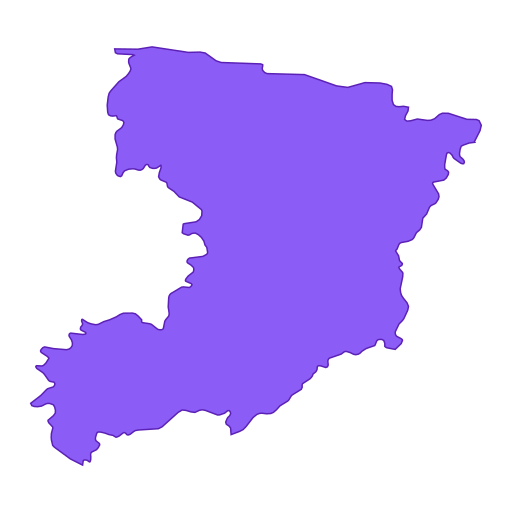 outline of Rivne
{"feature_id": "UKR-286", "entity_name": "Rivne", "entity_type": "Region", "adm_level": 1, "iso_a3": "UKR", "parent_name": "Ukraine", "parent_adm1": "", "projection": "natural_earth1", "projection_center": [26.178, 50.971], "detail": "fine", "context": "isolated", "style": "filled", "palette": "violet", "viewbox_px": 512, "rotation_deg": 0, "n_neighbors": 0, "source": "natural_earth", "source_scale": "10m", "svg_char_len": 5981}
<svg xmlns="http://www.w3.org/2000/svg" viewBox="0 0 512 512"><path d="M114.7,48.9L137.8,49.2L152.1,46.9L188.3,52.4L200.1,52.1L205.2,53.0L216.1,60.8L221.2,62.5L260.7,63.9L262.7,64.7L262.7,66.2L262.2,68.2L262.6,70.3L264.7,72.6L267.1,73.6L304.5,74.6L336.6,85.9L347.8,87.4L364.9,82.6L379.9,83.0L386.9,84.3L391.5,86.4L392.5,89.8L392.1,94.4L392.1,100.2L393.4,104.5L395.9,106.4L399.3,106.7L403.5,106.3L408.5,107.2L408.0,111.0L405.5,115.7L404.6,119.4L406.8,121.1L410.6,120.8L417.3,119.0L427.4,120.4L430.9,120.2L434.6,118.7L439.3,114.6L442.5,113.2L448.4,113.3L466.9,119.3L476.4,119.5L479.1,120.7L481.3,125.3L480.0,130.7L474.4,141.7L474.8,142.3L469.2,143.0L463.3,145.1L461.2,146.2L460.1,149.4L459.5,153.6L459.7,155.5L460.1,156.7L462.6,158.8L464.0,160.6L464.4,162.2L463.7,163.7L462.6,163.8L460.9,163.3L454.1,158.5L453.1,157.3L452.1,155.2L450.0,153.0L448.3,152.5L446.9,153.2L446.4,154.9L444.7,164.5L444.7,167.3L445.0,169.1L447.8,171.0L448.6,172.2L448.3,174.5L446.2,178.1L443.8,180.1L433.5,182.1L432.9,182.6L432.6,183.2L432.8,184.2L438.6,193.9L439.0,196.7L438.2,199.4L435.9,202.9L434.9,203.7L431.1,205.5L429.5,207.2L426.6,214.0L422.8,218.2L421.4,227.4L419.6,230.0L416.4,232.7L413.9,237.7L413.0,238.8L412.1,239.6L408.1,241.3L401.5,242.5L399.9,243.2L398.8,244.6L397.1,249.0L395.8,250.4L395.7,251.1L398.6,255.8L399.4,260.0L399.9,261.0L402.3,263.4L402.3,264.3L401.7,265.5L399.2,266.8L398.8,267.5L399.9,269.4L402.1,271.8L402.9,273.1L402.7,276.9L400.2,288.7L400.6,292.5L401.6,295.5L403.3,298.1L407.1,302.9L408.5,306.5L407.7,310.3L403.8,318.7L402.4,320.6L399.0,324.0L395.3,331.7L395.2,333.5L395.9,335.4L396.7,336.3L400.9,338.5L402.2,339.5L402.5,340.3L401.2,343.6L395.2,349.4L386.9,347.8L385.9,347.3L384.8,346.4L384.8,343.4L383.8,340.5L381.7,339.4L378.9,339.5L377.9,339.8L376.7,340.9L375.1,345.0L374.6,345.6L366.2,348.5L362.0,351.2L360.0,353.2L358.3,354.2L355.7,354.7L353.6,354.3L350.2,352.6L346.7,351.5L345.4,351.5L344.4,351.7L341.2,354.1L329.3,358.2L328.4,359.3L327.8,360.8L328.2,365.0L327.5,366.8L325.8,367.5L320.8,365.9L318.8,365.7L317.8,366.1L317.3,366.8L317.0,369.6L316.5,370.6L315.8,371.8L313.0,374.1L312.4,375.9L311.5,377.2L310.0,378.8L302.5,383.7L302.1,385.2L302.2,387.2L301.3,389.3L292.4,394.8L291.3,395.8L288.8,400.0L287.8,401.0L280.0,405.8L276.4,409.8L273.4,412.4L270.8,413.5L266.7,413.8L261.9,413.2L259.6,413.4L256.9,414.4L253.1,417.5L246.1,426.5L243.2,429.5L239.6,431.4L231.1,434.6L230.6,428.0L229.0,426.0L226.3,424.2L225.7,422.1L227.0,418.9L227.8,417.5L229.7,415.7L230.7,413.5L230.1,411.5L229.2,410.6L227.7,410.7L224.6,413.2L219.6,414.9L217.6,415.0L205.4,410.4L202.3,409.8L199.5,410.3L194.9,412.4L190.9,411.9L186.0,410.4L182.1,410.0L178.0,412.5L162.1,426.8L158.4,428.7L138.5,430.0L135.6,430.5L134.0,431.3L130.4,434.1L128.7,434.9L127.6,434.9L126.8,434.6L125.6,433.2L124.5,432.6L123.7,432.7L123.0,433.0L119.2,436.0L116.8,437.1L115.7,437.1L113.0,435.4L108.7,434.5L105.0,433.1L100.7,432.1L98.7,432.0L97.4,432.3L96.6,433.7L95.6,437.1L95.4,438.9L95.8,440.4L96.3,441.0L99.4,443.5L99.7,444.9L98.2,447.7L96.5,449.7L91.5,452.2L91.0,452.8L90.6,454.4L90.8,456.9L90.7,459.9L90.0,461.8L89.4,461.9L87.2,460.3L85.0,459.9L83.8,460.2L83.2,460.8L82.6,465.1L70.3,458.9L54.3,447.1L52.7,445.4L51.4,439.9L51.2,437.2L51.4,433.5L52.8,428.1L52.7,427.0L48.7,422.7L48.1,421.3L48.0,420.3L53.4,415.7L55.3,413.1L55.4,410.2L54.7,407.2L53.4,404.8L49.9,403.5L47.8,403.4L46.0,403.8L41.5,406.1L37.7,406.7L34.2,406.5L31.8,405.6L30.7,403.3L40.9,395.4L46.6,389.5L47.9,388.6L53.3,386.9L54.4,385.6L54.8,384.5L54.8,383.5L54.1,382.2L50.1,381.4L48.7,380.5L44.4,374.3L42.8,372.6L36.7,368.4L35.8,366.8L36.0,366.1L36.7,365.7L41.9,366.0L43.5,365.4L46.0,362.9L48.9,358.3L48.6,357.7L47.0,356.2L41.2,352.4L40.6,351.3L40.6,350.5L41.1,349.6L42.8,347.7L44.6,346.9L53.5,348.6L66.5,349.7L69.2,349.0L71.0,347.6L72.3,345.5L72.4,342.8L71.4,339.8L69.3,336.5L69.0,335.6L69.2,334.2L69.8,333.5L70.7,333.1L82.9,334.5L85.5,334.0L85.9,333.3L85.7,332.6L85.1,332.1L81.2,330.2L80.5,329.5L80.4,328.6L80.7,327.1L82.0,325.6L82.5,324.5L82.6,323.6L81.7,321.4L81.6,320.6L81.8,319.5L82.4,319.3L87.7,322.7L91.3,323.9L95.5,324.7L97.0,324.6L98.6,324.2L103.8,321.6L109.6,319.8L116.2,316.9L119.9,314.6L123.4,313.2L132.4,313.1L135.4,313.8L138.0,315.9L141.7,319.8L141.6,321.8L142.1,322.4L142.8,322.7L149.5,323.7L151.4,324.3L157.7,329.3L159.9,329.8L161.7,329.7L162.6,329.3L163.3,328.6L164.8,321.2L165.7,319.7L168.7,316.1L169.1,314.5L169.1,312.8L168.2,307.0L168.7,297.7L169.1,296.0L170.0,294.4L170.8,293.6L181.5,287.2L183.4,286.9L189.3,287.5L190.8,286.6L191.8,285.2L192.0,284.7L191.4,283.7L186.4,281.5L185.6,281.1L185.4,280.2L186.0,278.8L188.2,276.0L193.3,272.0L193.7,270.3L193.8,268.5L193.2,267.2L190.9,265.0L187.5,262.8L187.1,262.1L187.0,261.1L187.7,259.5L189.4,258.1L202.9,256.4L206.6,254.4L207.4,253.3L207.6,252.4L206.8,247.4L205.0,245.0L203.9,241.1L201.3,237.3L198.4,234.7L195.4,233.1L193.5,233.2L191.8,233.5L189.5,234.9L187.9,235.2L183.5,233.7L182.2,232.7L183.2,224.2L184.0,223.7L196.1,221.8L199.4,219.5L201.7,215.7L202.0,211.1L201.4,209.6L192.3,202.1L179.2,196.9L173.9,191.3L169.0,188.1L167.8,187.0L167.5,186.4L166.9,183.1L166.2,182.2L160.7,179.9L159.6,178.8L158.6,176.7L159.3,172.7L161.0,167.9L161.1,166.0L160.8,165.3L156.7,168.0L154.9,168.4L152.7,168.4L149.9,167.5L148.9,166.3L148.3,164.9L146.9,164.4L145.4,165.1L143.3,168.5L142.0,169.5L140.4,170.2L138.5,170.1L134.9,169.0L132.8,168.8L128.6,169.2L124.6,170.8L123.1,172.7L121.7,175.8L120.4,176.6L118.1,175.9L116.9,174.9L115.7,173.0L115.4,171.2L116.8,162.2L116.4,157.8L116.6,155.0L117.6,149.4L117.3,146.8L115.1,139.1L115.1,134.6L115.9,132.5L116.9,131.2L121.1,128.1L122.1,127.0L123.4,124.7L123.9,122.3L123.1,121.0L122.4,120.5L117.8,119.0L117.4,118.4L116.7,116.1L116.3,115.7L112.6,116.1L110.5,115.8L108.9,115.0L108.4,114.4L107.7,112.2L107.2,105.1L108.2,96.9L109.1,93.3L110.5,91.2L118.9,81.7L126.1,76.5L128.3,73.9L130.1,71.2L130.9,69.0L130.8,68.1L128.9,63.3L128.6,61.8L128.8,59.2L129.3,58.4L130.5,57.3L134.2,55.2L132.9,54.6L117.5,53.8L115.4,52.7L114.7,48.9Z" fill="#8b5cf6" stroke="#5b21b6" stroke-width="1.5"/></svg>